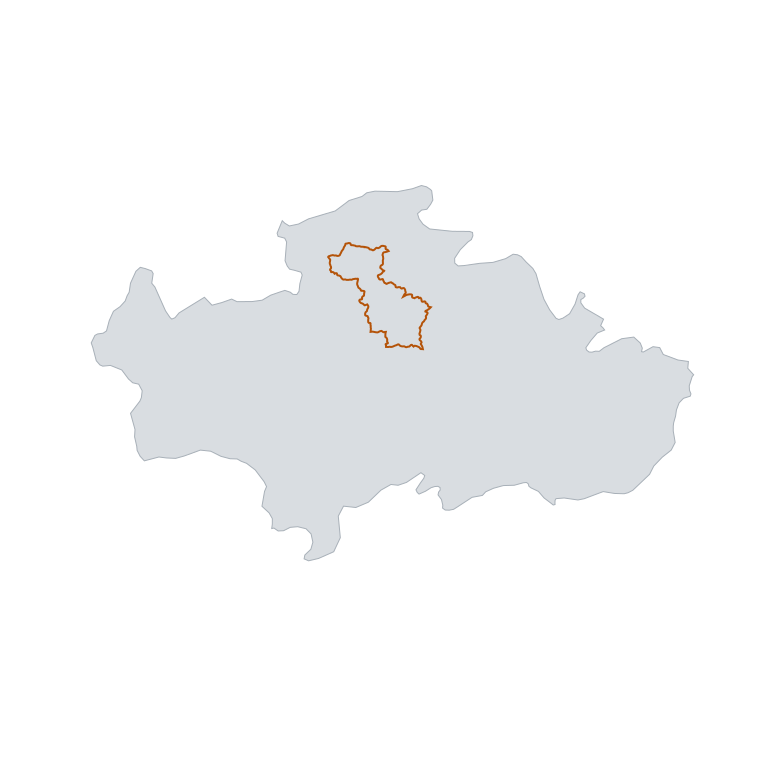 Republic of Serbia, with Moravicki highlighted, rotated 130°
{"feature_id": "SRB-829", "entity_name": "Moravicki", "entity_type": "District", "adm_level": 1, "iso_a3": "SRB", "parent_name": "Republic of Serbia", "parent_adm1": "", "projection": "equal_earth", "projection_center": [20.274, 43.751], "detail": "fine", "context": "in_parent", "style": "outline", "palette": "amber", "viewbox_px": 768, "rotation_deg": 130, "n_neighbors": 0, "source": "natural_earth", "source_scale": "10m", "svg_char_len": 9360}
<svg xmlns="http://www.w3.org/2000/svg" viewBox="0 0 768 768"><g transform="rotate(130 384 384)"><path d="M428.2,298.7L444.9,303.5L452.5,308.1L456.5,314.1L467.2,318.1L484.6,320.0L496.7,326.2L503.6,336.5L514.6,334.1L529.8,318.7L544.8,314.7L559.7,322.0L567.9,328.1L569.3,332.8L565.9,334.7L557.6,333.8L550.9,336.8L545.7,343.5L545.0,350.7L548.8,358.4L554.1,363.7L560.9,366.6L564.6,370.6L565.1,375.7L566.9,377.1L563.1,379.5L558.9,383.0L556.6,389.1L556.1,398.9L543.0,406.5L538.1,408.0L535.9,413.0L532.6,427.4L533.1,438.3L535.0,443.8L535.8,448.3L540.2,453.9L544.2,462.4L546.9,473.6L552.7,482.2L567.6,490.8L574.9,495.8L580.4,503.0L584.6,509.5L596.9,518.2L596.1,524.4L593.5,530.5L590.7,533.3L584.8,541.1L578.9,545.5L569.4,559.3L554.0,560.0L550.4,561.1L544.6,564.9L541.8,571.8L544.6,577.3L544.4,582.9L541.8,593.9L545.6,605.5L551.1,610.9L552.0,613.9L551.1,619.4L543.2,630.5L540.7,634.7L532.6,636.7L529.8,635.6L525.6,631.8L521.7,630.7L512.1,635.2L502.2,638.0L494.4,635.9L486.8,635.6L481.5,637.5L477.5,638.2L469.7,643.0L457.1,646.5L451.3,645.7L449.1,641.2L446.7,634.7L447.8,631.8L456.1,626.7L457.0,621.8L468.4,598.4L470.6,590.8L470.7,588.3L467.6,586.7L461.3,586.7L433.0,577.3L434.2,566.4L425.9,560.6L416.9,555.3L415.4,549.5L405.4,537.8L398.1,531.2L388.8,527.9L380.8,523.1L376.0,520.1L373.9,514.7L373.9,511.4L371.5,508.3L367.6,508.7L361.1,513.0L353.1,516.7L351.7,519.5L354.6,526.0L356.7,530.1L355.8,534.0L353.2,539.0L337.8,549.9L336.1,553.8L339.0,560.0L337.2,562.8L324.3,566.9L324.6,563.5L323.8,558.1L316.4,552.3L305.9,547.9L282.8,532.6L273.8,530.5L265.9,528.7L254.5,521.4L248.6,520.1L242.1,514.9L228.0,497.3L216.1,487.7L207.9,482.9L205.6,478.1L205.1,473.3L205.4,471.6L211.7,464.8L216.4,463.8L222.6,463.5L226.6,467.0L232.0,467.8L234.9,463.3L236.5,456.9L235.9,448.7L223.1,429.8L212.2,416.6L211.0,413.6L213.3,411.2L217.2,409.9L221.3,411.0L232.0,411.9L242.3,410.7L245.9,407.5L245.9,403.1L242.1,399.1L230.1,388.3L220.8,378.7L209.8,371.4L201.6,368.5L199.2,364.8L198.2,360.8L199.2,353.5L199.8,344.3L201.8,338.5L209.2,327.5L216.3,315.9L220.7,304.8L223.1,294.4L222.2,291.5L218.6,289.3L210.8,287.0L200.0,289.0L190.9,292.7L187.3,293.0L186.1,288.4L187.6,286.4L190.4,286.6L192.8,287.5L195.3,285.4L196.9,279.1L193.2,257.5L200.1,255.5L200.2,252.4L200.8,249.7L207.9,253.4L217.8,253.5L226.5,252.7L227.8,250.6L227.7,247.5L225.9,245.1L222.9,243.1L220.6,240.1L214.8,238.8L196.5,231.0L187.5,222.8L187.9,214.0L190.5,209.2L193.7,207.5L192.8,205.9L182.5,201.9L178.9,196.2L181.9,189.0L176.7,174.3L171.1,165.3L176.7,161.4L177.5,155.8L177.9,152.7L180.2,152.7L189.2,149.0L192.4,146.0L194.3,142.5L196.5,141.6L202.5,145.4L208.8,145.8L215.9,143.3L221.2,140.0L227.5,137.2L230.4,135.3L234.1,132.2L241.6,123.4L250.0,121.5L261.2,123.8L273.4,124.6L282.5,122.5L305.5,125.1L310.5,127.2L313.7,129.5L319.7,137.1L325.5,146.9L333.6,151.5L343.2,156.9L348.2,160.9L355.5,172.7L361.2,178.5L363.1,178.2L365.1,176.7L366.4,175.5L367.9,176.6L368.0,180.2L368.4,188.1L367.0,196.7L369.1,204.7L369.2,207.2L367.7,209.5L367.9,211.6L370.0,213.7L377.8,219.1L385.1,227.3L393.5,233.1L401.2,236.8L406.1,237.0L414.2,243.7L430.1,248.5L435.2,250.1L438.7,252.9L441.2,256.1L441.4,259.4L439.0,261.1L435.6,265.7L434.2,271.3L431.7,272.7L429.1,272.8L427.3,274.5L427.7,276.9L429.9,279.2L433.2,281.3L439.5,283.3L445.8,286.4L445.7,288.8L444.5,291.5L436.5,292.5L430.6,292.9L427.9,294.0L428.2,298.7Z" fill="#d9dde1" stroke="#a8b0b8" stroke-width="1"/><path d="M352.7,427.8L349.9,429.7L349.1,430.7L348.0,431.5L347.4,432.4L346.4,433.1L346.2,433.4L346.2,433.6L346.2,433.9L346.9,434.9L346.9,435.2L346.8,435.7L346.6,436.0L345.0,437.4L343.7,438.1L343.4,438.5L343.2,439.2L342.7,439.8L342.6,440.1L342.7,440.6L343.2,441.6L343.4,442.2L343.4,442.5L342.9,443.1L342.2,443.7L341.8,443.9L340.8,444.2L339.5,444.0L339.0,444.0L337.6,444.8L336.0,445.1L335.3,445.4L334.9,445.6L334.4,446.2L333.9,447.6L333.8,448.0L335.8,449.1L336.2,449.5L336.2,449.8L336.1,450.8L336.1,451.9L336.3,452.5L336.8,453.8L336.8,454.1L336.7,455.2L336.3,456.1L336.2,456.4L335.7,456.7L335.3,456.7L334.9,456.7L334.4,456.4L333.5,455.5L333.1,455.4L332.7,455.6L332.1,456.3L331.4,456.6L330.6,456.6L329.5,456.2L328.9,456.3L327.6,457.3L326.5,457.9L325.7,458.4L325.6,458.7L325.6,458.9L326.2,460.1L326.7,460.8L327.2,461.3L327.2,461.5L327.1,462.0L326.8,462.3L326.5,463.4L326.5,464.2L326.6,465.0L326.6,465.6L325.6,467.3L325.2,468.2L324.7,468.8L324.1,469.3L320.6,471.1L320.3,471.4L320.2,471.6L320.2,471.8L321.0,472.5L321.6,473.4L322.4,474.1L323.8,475.3L324.8,475.7L325.2,476.1L325.8,477.1L326.9,478.0L328.3,479.6L328.8,480.9L329.2,481.3L329.8,481.9L330.2,482.3L330.3,483.0L330.3,483.8L330.0,485.3L329.8,485.7L329.5,486.3L329.4,486.7L329.6,487.3L329.8,488.2L330.4,489.0L330.5,489.3L330.6,489.6L330.5,489.8L330.4,490.1L329.8,490.9L329.6,491.2L329.6,491.5L329.8,491.8L330.2,492.3L331.3,492.7L331.2,493.2L330.9,494.0L330.9,494.5L331.0,494.8L331.4,495.5L331.9,495.9L332.2,496.3L332.2,496.6L331.5,497.4L331.4,497.8L331.4,498.3L331.2,498.7L330.6,499.0L329.5,499.0L328.8,499.4L328.2,500.1L327.8,501.1L327.2,501.8L326.8,502.7L326.5,503.0L326.0,503.5L324.9,504.1L323.6,504.9L323.4,505.2L323.2,505.4L323.1,506.4L322.6,508.4L322.1,508.5L321.6,508.4L320.7,507.8L319.7,507.3L318.9,506.6L318.3,506.2L318.1,505.9L317.4,504.5L316.3,503.3L316.2,502.8L316.0,502.2L314.9,501.1L313.9,500.7L313.5,500.7L312.3,501.1L311.1,501.3L309.5,501.8L307.0,501.9L306.6,502.0L305.1,502.6L302.8,502.9L301.8,503.4L301.4,503.6L300.9,503.4L299.9,502.4L299.0,501.9L298.3,501.1L298.0,500.5L298.0,500.0L298.0,499.9L298.6,499.2L298.7,498.6L298.7,498.4L298.5,498.1L297.5,496.8L297.2,496.1L296.6,495.1L296.5,494.2L296.4,493.9L295.4,492.6L294.3,491.5L294.1,491.2L293.7,490.1L293.6,489.8L292.3,488.2L291.5,487.0L291.7,486.8L290.9,485.9L289.9,483.9L289.7,483.1L289.8,482.8L290.0,481.7L290.0,481.4L289.8,481.0L289.4,480.6L289.2,480.3L288.8,478.6L288.3,478.1L287.2,477.7L285.2,477.5L284.7,477.4L284.3,477.1L283.9,476.1L283.6,475.7L282.3,475.1L280.6,474.9L279.8,474.6L279.3,474.1L278.8,473.6L277.7,471.4L277.7,471.2L277.8,470.9L278.0,470.7L279.2,469.9L279.5,469.4L279.4,468.8L279.1,468.1L279.0,467.5L279.0,466.7L279.2,465.9L280.9,466.9L282.4,468.0L283.0,468.6L283.4,468.8L283.9,468.9L284.2,468.9L285.9,468.2L286.3,467.9L286.7,467.0L288.3,465.3L288.7,465.0L290.0,464.4L292.6,462.1L293.1,461.9L293.7,461.9L295.0,462.4L295.5,462.5L296.4,462.2L297.2,461.7L297.5,461.2L297.4,460.1L297.5,459.3L297.5,457.6L297.2,457.1L297.2,456.6L297.9,456.6L298.2,456.9L298.7,457.0L300.1,456.8L301.5,457.0L302.3,457.2L304.2,458.3L304.8,458.4L305.3,458.1L305.8,457.5L306.1,456.5L306.6,455.5L306.7,455.1L306.7,454.6L306.5,454.2L306.2,453.8L305.1,453.0L304.6,452.6L304.5,452.3L304.6,451.9L305.2,451.1L305.6,450.0L306.1,449.0L306.2,448.6L305.8,447.7L305.8,446.6L305.7,446.5L305.5,446.3L304.1,445.7L303.5,445.4L301.8,444.2L301.5,443.8L301.4,443.6L301.5,443.0L301.2,442.1L301.3,440.6L301.0,439.2L301.0,438.9L301.3,438.4L302.1,437.6L302.2,437.2L302.1,436.9L301.7,436.1L301.3,435.7L300.4,435.1L299.5,433.9L299.6,433.4L299.7,433.0L299.7,432.4L299.6,431.9L299.2,431.5L298.3,431.1L298.0,430.8L297.8,430.4L297.7,430.1L297.8,429.6L298.2,428.4L299.1,427.5L299.6,426.5L300.0,426.1L300.3,426.0L300.8,425.9L301.9,426.0L302.7,425.9L304.8,425.4L303.1,424.7L301.9,424.3L300.7,423.6L299.0,422.2L297.9,420.8L297.7,420.2L297.7,419.8L298.0,419.4L298.9,418.8L299.4,418.2L299.5,417.7L299.3,417.3L299.0,416.6L298.6,415.7L298.2,415.7L297.7,415.5L296.0,414.5L295.5,414.1L295.4,413.8L295.4,413.3L295.8,412.7L295.8,412.3L295.7,412.2L294.7,411.8L294.5,411.5L294.5,411.2L295.0,409.9L296.1,408.7L296.4,407.9L296.4,407.7L296.1,407.2L294.7,406.1L294.6,405.8L294.4,405.4L294.5,405.0L295.1,404.4L295.2,404.0L295.2,403.6L294.8,402.7L294.9,402.1L295.2,401.4L295.9,400.5L296.0,400.2L296.1,399.9L296.0,399.4L295.1,397.5L296.5,397.6L297.3,397.7L298.6,398.1L299.8,398.4L301.2,399.1L301.6,399.1L301.9,398.9L301.4,397.3L301.4,397.0L301.5,396.4L301.6,396.2L302.0,396.0L304.2,395.6L305.0,395.6L305.5,395.3L306.0,394.6L306.4,394.2L306.9,394.0L307.5,393.9L308.9,394.0L310.3,393.7L310.6,393.7L311.7,394.0L312.3,394.0L313.1,393.8L314.9,393.0L315.6,392.9L317.5,392.9L318.1,392.8L318.4,392.5L318.9,391.2L319.5,390.6L321.3,389.7L322.5,389.3L323.2,388.6L323.5,388.2L323.3,387.2L323.4,386.9L323.7,386.5L324.4,386.0L324.9,385.8L325.5,385.7L326.5,385.8L326.7,385.7L327.1,385.4L327.3,385.0L327.4,384.6L327.4,383.4L327.5,382.9L327.8,382.2L328.1,381.9L329.5,381.7L329.8,381.4L329.9,381.1L330.2,379.9L330.5,379.3L331.0,378.3L332.3,376.6L332.7,377.2L333.5,378.2L333.6,378.6L333.6,378.9L333.3,380.0L333.2,380.4L333.6,382.1L334.1,383.6L334.7,384.7L335.1,385.2L335.8,385.4L336.3,385.4L336.3,386.2L336.1,387.3L336.1,387.6L336.1,387.8L336.3,388.1L336.6,388.3L337.0,388.5L338.4,388.6L339.0,388.7L339.3,388.9L340.1,389.7L340.8,390.1L341.6,390.7L341.8,391.2L342.1,392.6L342.3,392.9L343.5,394.2L344.2,395.6L344.3,396.0L344.3,396.7L344.2,398.1L344.4,398.4L344.5,398.6L345.1,399.0L346.2,399.4L347.6,400.3L349.5,401.2L350.3,401.7L351.2,402.5L351.7,403.5L352.9,404.5L354.3,406.3L353.4,407.0L353.0,407.5L352.8,408.0L352.4,408.3L351.9,408.2L350.6,407.3L350.2,407.3L350.0,407.5L349.8,407.8L349.8,408.4L349.6,408.8L348.0,410.0L347.7,410.4L347.3,411.0L347.1,411.6L347.0,411.9L347.1,412.9L347.1,413.1L346.9,413.4L344.5,415.3L342.9,416.1L343.5,416.7L344.4,417.4L344.7,417.8L344.8,418.3L344.9,419.7L345.0,420.1L345.2,420.3L346.5,421.2L348.1,421.8L348.8,422.3L349.6,423.5L350.0,424.2L351.2,426.4L352.7,427.8Z" fill="none" stroke="#b45309" stroke-width="2"/></g></svg>